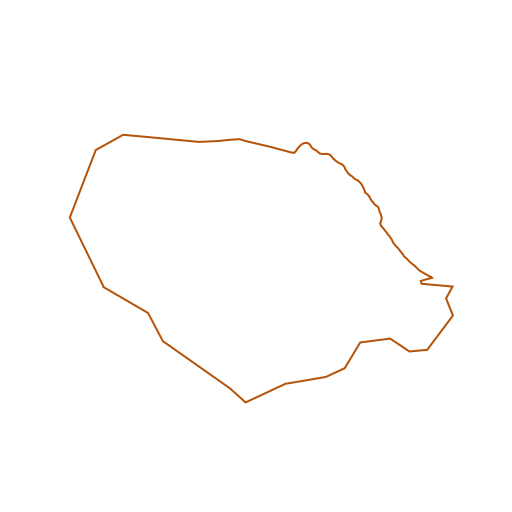 Maban, Upper Nile, South Sudan, rotated 312°
{"feature_id": "79223893B87220542132951", "entity_name": "Maban", "entity_type": "district", "adm_level": 2, "iso_a3": "SSD", "parent_name": "South Sudan", "parent_adm1": "Upper Nile", "projection": "natural_earth1", "projection_center": [33.834, 10.017], "detail": "fine", "context": "isolated", "style": "outline", "palette": "amber", "viewbox_px": 512, "rotation_deg": 312, "n_neighbors": 0, "source": "geoboundaries", "source_scale": "gbopen_adm2", "svg_char_len": 1709}
<svg xmlns="http://www.w3.org/2000/svg" viewBox="0 0 512 512"><g transform="rotate(312 256 256)"><path d="M357.6,401.4L357.6,400.1L356.6,397.0L354.7,388.1L354.6,386.2L354.9,380.4L354.7,377.9L354.5,373.8L354.7,372.3L354.9,369.0L354.7,366.3L355.2,365.1L355.7,363.1L356.1,360.3L356.9,356.0L357.0,353.5L357.4,350.5L357.8,348.9L359.3,345.2L359.6,343.5L360.1,341.7L360.3,339.7L360.9,337.0L361.4,333.8L361.8,332.0L361.9,330.4L362.1,329.0L362.6,327.6L363.1,326.9L363.5,326.2L364.6,326.0L366.1,325.4L367.1,324.6L368.4,324.1L369.7,322.0L370.4,320.9L370.9,320.1L371.4,318.5L372.2,317.3L373.6,315.1L374.2,313.1L373.6,310.1L374.1,308.2L374.2,306.5L374.8,303.5L375.6,301.4L376.2,299.5L376.4,297.3L376.2,295.5L376.3,294.3L377.0,293.4L377.9,291.8L379.0,289.2L380.1,285.8L380.3,282.7L380.2,280.6L379.7,279.4L379.3,277.5L379.5,275.0L379.4,273.4L378.9,271.8L379.2,270.7L379.0,269.2L379.6,267.2L380.3,264.0L381.2,262.3L381.7,260.8L381.7,258.7L380.5,254.8L380.2,252.0L380.0,248.9L380.3,247.2L380.6,245.3L380.8,243.3L379.2,240.0L377.5,238.6L375.9,236.6L374.8,234.6L374.8,233.2L374.7,229.7L374.0,227.4L373.8,225.1L374.4,223.3L374.9,221.3L374.6,219.1L373.6,217.5L372.0,216.2L370.0,215.3L367.9,215.1L365.5,214.9L363.4,215.0L361.2,215.4L359.3,215.4L358.0,215.4L357.6,214.2L356.5,213.0L356.0,211.9L353.9,207.7L349.2,198.6L347.6,195.2L334.6,171.6L331.8,165.6L325.8,159.7L316.4,151.2L302.7,137.4L270.0,93.3L257.1,76.1L249.9,73.7L227.6,66.0L160.0,91.9L131.0,163.7L130.9,163.7L141.4,213.9L130.4,243.8L140.2,325.2L140.2,346.2L180.6,363.3L212.8,388.8L232.0,397.0L261.5,391.3L284.4,411.0L287.7,433.9L300.8,446.0L343.5,442.2L351.7,425.6L364.8,422.5L346.2,397.7L347.8,395.1L357.6,401.4Z" fill="none" stroke="#b45309" stroke-width="2"/></g></svg>